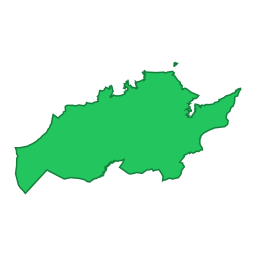 the district of Capiz, Capiz, Philippines
{"feature_id": "2640588B34459645926333", "entity_name": "Capiz", "entity_type": "district", "adm_level": 2, "iso_a3": "PHL", "parent_name": "Philippines", "parent_adm1": "Capiz", "projection": "albers", "projection_center": [122.785, 11.39], "detail": "fine", "context": "isolated", "style": "filled", "palette": "green", "viewbox_px": 256, "rotation_deg": 0, "n_neighbors": 0, "source": "geoboundaries", "source_scale": "gbopen_adm2", "svg_char_len": 5833}
<svg xmlns="http://www.w3.org/2000/svg" viewBox="0 0 256 256"><path d="M15.4,147.7L16.4,150.5L16.7,153.8L18.0,156.4L16.8,158.1L16.6,166.2L15.6,173.7L18.5,185.0L20.5,188.0L23.2,190.6L25.3,193.4L46.9,170.0L64.3,179.0L70.3,177.6L78.6,178.3L83.8,179.5L85.8,180.4L87.2,181.6L89.7,181.9L89.7,181.6L90.5,181.4L92.4,179.9L93.0,179.8L93.1,178.9L95.1,178.8L95.7,178.3L96.6,178.5L98.4,177.1L99.7,177.2L100.5,176.7L100.6,175.9L101.0,176.1L101.1,175.6L102.3,175.9L103.0,175.7L103.0,174.8L103.5,174.7L103.2,174.3L103.7,174.2L103.1,174.1L102.8,173.0L103.7,172.3L104.1,172.6L104.1,172.0L104.5,172.3L104.8,171.1L105.1,170.8L105.3,171.2L105.2,170.7L105.8,170.7L106.2,170.0L106.1,169.7L105.6,169.6L105.8,169.3L105.2,168.9L105.1,168.3L106.5,168.7L106.5,168.3L106.0,168.1L106.2,167.8L105.7,167.7L105.5,167.2L105.7,166.9L105.5,166.7L105.9,166.5L106.3,167.2L106.6,166.2L107.3,166.5L107.7,166.1L108.1,166.2L108.3,165.8L107.8,165.7L108.2,165.5L107.9,165.2L108.7,164.9L108.7,164.5L109.0,164.8L109.3,164.0L109.4,164.4L109.7,164.5L109.7,164.0L110.4,163.6L110.3,163.2L111.3,163.0L111.0,162.8L111.4,162.5L110.9,162.0L111.8,161.7L112.5,162.3L112.7,161.9L113.0,161.8L113.1,162.2L113.3,161.8L113.6,161.9L113.7,161.4L114.1,161.9L114.7,161.6L115.0,161.1L114.7,160.7L115.5,160.5L115.9,160.9L118.2,161.3L119.6,160.4L121.0,160.7L124.0,159.5L122.9,162.6L119.6,167.3L128.4,173.5L130.3,174.0L133.8,173.4L136.3,172.5L142.1,173.3L147.3,169.6L148.5,170.0L151.8,169.0L153.4,171.0L154.1,170.5L158.9,169.5L161.5,173.4L163.1,176.7L162.6,180.7L163.8,180.0L165.3,179.9L169.5,178.1L172.4,179.0L178.5,177.6L181.0,173.9L181.7,170.2L184.2,167.0L184.2,166.3L183.0,164.8L182.6,163.1L179.7,162.2L184.3,156.6L184.0,155.7L184.3,155.3L189.6,152.4L189.7,153.3L191.3,152.3L193.0,153.2L195.4,152.1L196.2,151.2L198.7,151.5L201.0,149.8L202.4,149.9L202.2,148.0L200.4,145.2L199.7,143.4L200.0,142.9L199.7,141.0L200.2,138.7L199.8,138.0L200.9,137.1L200.6,136.3L201.2,135.5L203.7,133.0L209.0,130.2L214.6,127.9L224.8,126.6L227.6,124.3L228.1,120.5L226.0,118.2L226.7,114.5L227.4,113.2L229.9,111.1L230.6,108.5L232.3,106.4L233.0,106.3L234.5,102.3L234.9,97.1L235.6,96.4L237.5,96.0L239.3,91.0L240.6,89.6L240.5,88.4L238.2,88.9L237.7,89.7L236.0,90.2L235.7,90.8L236.0,91.3L234.8,92.3L234.8,92.9L232.8,93.2L230.1,94.9L226.1,95.9L224.0,97.6L220.0,99.5L219.7,100.2L219.1,99.7L219.0,100.0L219.6,100.4L218.6,101.5L216.2,102.4L215.0,102.3L213.3,104.1L208.7,104.7L205.8,104.5L205.1,105.0L205.1,105.6L201.6,105.1L200.8,105.6L201.0,106.6L200.5,106.5L200.4,107.0L200.0,106.5L199.3,106.5L199.8,105.8L198.6,104.9L195.2,104.1L194.7,106.0L195.2,107.3L195.6,107.3L195.6,108.3L195.4,108.1L194.9,108.7L194.6,109.5L195.3,110.5L195.6,111.8L195.0,112.0L194.7,111.6L193.6,114.1L193.2,114.1L192.1,115.6L192.0,116.6L191.3,116.6L191.4,117.3L190.0,117.4L188.9,116.7L188.5,117.2L187.9,117.2L187.6,116.4L188.9,115.4L188.0,115.3L187.6,114.8L186.2,115.1L186.0,114.6L186.8,113.9L188.8,113.4L188.9,111.9L188.5,111.5L189.3,112.0L190.6,111.1L191.3,111.1L191.4,110.7L191.3,110.1L190.4,110.1L189.9,110.5L188.4,110.7L188.3,110.0L186.6,109.3L185.9,109.5L186.7,108.7L187.0,109.0L187.9,108.6L188.6,109.0L189.7,108.6L189.2,108.0L189.6,107.4L190.0,107.9L189.9,106.9L189.5,106.9L189.6,106.4L189.4,106.7L188.9,106.5L188.4,105.3L188.9,104.4L188.4,104.1L189.0,104.2L188.9,103.9L189.6,103.7L188.5,103.4L189.5,103.1L189.4,102.5L190.3,102.1L190.8,101.2L192.8,100.2L192.9,99.0L193.2,99.2L193.7,98.3L195.3,98.7L196.9,97.8L198.7,95.6L191.3,92.4L185.9,88.4L184.4,88.3L183.3,88.8L182.9,89.5L182.0,89.3L182.1,85.7L181.3,84.9L179.9,84.3L180.5,83.5L180.3,82.4L177.9,80.5L174.3,75.5L172.5,74.9L173.2,73.8L173.8,73.9L174.1,73.5L174.1,72.6L172.8,71.6L171.9,71.5L167.4,72.2L165.0,73.1L164.5,72.4L163.9,72.2L155.9,72.6L146.1,72.1L145.4,71.9L145.4,71.5L144.6,70.7L144.3,71.0L144.6,71.4L144.0,72.1L142.7,72.3L142.0,72.0L142.7,72.7L142.6,73.4L142.7,73.0L143.8,73.1L145.2,73.7L145.1,75.1L144.8,74.6L144.0,74.1L143.3,73.8L142.6,73.6L144.3,74.3L144.2,74.9L144.9,75.7L143.9,76.8L144.2,77.2L144.0,78.1L144.7,78.3L144.2,79.5L144.3,80.1L143.8,80.7L143.3,80.3L144.0,79.9L143.0,79.8L142.3,80.2L142.5,80.4L142.2,80.2L139.7,81.4L136.7,82.1L136.6,82.5L135.7,81.7L136.0,82.8L135.3,83.0L135.9,83.8L135.7,84.4L136.1,85.6L136.5,85.6L136.4,86.5L136.8,87.1L136.6,87.7L137.3,87.8L136.7,88.5L136.3,88.3L136.4,88.6L135.9,88.7L135.6,88.1L133.0,87.3L132.7,87.9L131.9,87.8L131.4,87.4L131.5,86.6L130.3,85.3L129.8,85.7L128.4,85.1L128.2,84.0L128.5,83.3L127.8,82.8L128.1,82.4L127.6,81.4L128.2,81.1L128.0,80.7L127.8,81.1L126.2,81.5L126.2,81.8L126.6,81.6L127.2,82.1L126.9,83.1L126.3,82.9L126.1,83.6L124.3,83.8L124.8,84.7L124.4,85.7L125.3,85.9L125.4,86.4L124.3,87.1L124.0,87.7L124.7,87.4L124.6,87.9L125.0,87.7L125.2,88.4L125.9,87.2L126.8,87.1L127.9,88.1L127.9,89.5L127.6,89.4L127.3,90.5L126.3,90.6L125.1,91.4L125.4,92.2L125.0,92.8L124.6,92.7L125.0,93.5L124.6,94.2L120.4,95.7L118.5,95.9L115.8,95.9L113.5,95.0L111.8,96.8L110.7,97.5L110.3,97.2L110.4,96.0L110.9,96.2L111.3,95.8L112.4,92.4L113.1,91.3L112.0,87.6L112.1,86.9L111.1,85.7L110.9,86.1L109.6,86.4L110.1,87.2L109.9,87.7L109.3,87.8L109.4,88.6L109.9,88.5L109.9,88.9L109.2,89.2L106.9,87.7L105.6,87.3L105.5,88.2L104.5,88.9L104.4,89.8L103.4,90.7L101.9,91.0L100.8,90.5L99.7,90.6L98.9,95.1L97.4,96.5L98.3,98.1L98.0,99.1L97.6,99.3L98.2,101.5L94.2,102.4L91.8,103.7L89.5,103.1L88.0,103.2L86.6,102.5L85.7,104.5L84.1,105.8L79.0,105.0L75.4,105.9L72.6,105.3L66.9,105.4L65.4,106.3L65.2,107.8L65.6,111.0L63.5,112.0L63.2,113.8L59.7,116.3L58.3,118.2L53.2,114.5L52.7,116.2L52.8,117.2L52.3,118.1L52.1,120.6L51.5,121.7L51.8,123.0L50.3,125.2L49.7,127.5L48.2,129.1L47.0,131.7L46.2,132.7L42.3,135.9L40.0,138.5L39.0,138.9L36.6,141.2L33.7,143.1L27.1,146.3L19.0,147.9L15.4,147.7ZM174.9,62.6L174.1,63.4L174.3,64.2L173.9,65.9L174.4,66.2L175.0,65.7L174.8,64.7L175.6,64.3L176.2,64.7L177.4,63.5L176.3,63.0L175.2,63.1L174.9,62.6Z" fill="#22c55e" stroke="#15803d" stroke-width="1.5"/></svg>